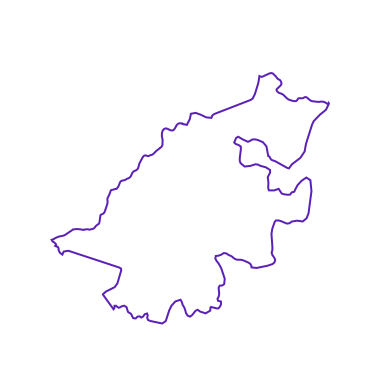 the State of Niger, rotated 109°
{"feature_id": "NGA-2851", "entity_name": "Niger", "entity_type": "State", "adm_level": 1, "iso_a3": "NGA", "parent_name": "Nigeria", "parent_adm1": "", "projection": "mercator", "projection_center": [5.482, 9.777], "detail": "fine", "context": "isolated", "style": "outline", "palette": "violet", "viewbox_px": 384, "rotation_deg": 109, "n_neighbors": 0, "source": "natural_earth", "source_scale": "10m", "svg_char_len": 4493}
<svg xmlns="http://www.w3.org/2000/svg" viewBox="0 0 384 384"><g transform="rotate(109 192 192)"><path d="M67.2,145.4L68.3,145.2L69.4,143.8L69.9,142.4L70.0,138.5L70.7,136.6L72.5,132.8L73.1,130.8L73.1,128.5L73.1,126.7L72.7,124.5L72.0,123.1L71.1,122.5L70.1,122.3L69.1,122.1L68.4,121.2L67.7,118.8L67.4,118.0L66.8,117.3L66.2,116.8L65.6,116.2L65.2,115.3L65.3,114.0L66.9,110.0L67.0,107.8L65.5,101.2L64.7,99.9L64.2,98.5L63.9,97.0L63.9,95.4L64.6,92.5L64.0,91.9L63.4,91.8L63.9,91.3L70.7,92.1L77.2,96.2L85.4,100.0L89.3,100.4L109.4,99.9L117.0,98.7L124.5,100.7L133.4,106.6L138.1,108.0L138.2,109.9L135.8,123.3L135.8,126.1L135.7,127.4L135.1,128.4L133.3,130.3L133.2,131.6L124.6,136.5L121.8,141.2L121.4,146.8L121.7,149.6L122.8,152.2L124.7,153.7L126.3,155.4L125.8,160.8L124.7,166.3L126.5,167.9L131.5,168.2L132.4,166.2L132.4,163.2L133.2,160.6L135.8,159.7L144.3,157.9L146.8,157.1L148.9,155.5L150.8,150.6L148.5,145.6L145.1,141.0L144.6,138.5L145.0,135.9L144.6,130.3L145.8,125.3L148.2,124.5L153.3,125.2L158.2,122.8L163.4,121.3L165.4,119.8L163.8,114.9L160.8,111.1L164.3,106.6L164.1,103.6L163.4,100.5L162.5,98.4L160.5,97.8L159.5,97.2L158.9,95.8L158.0,95.3L156.7,95.3L151.1,94.4L145.8,92.1L141.1,88.6L142.3,83.9L152.4,79.3L174.1,74.9L179.5,75.1L183.8,77.7L184.9,83.3L187.5,88.1L189.8,89.6L191.0,92.1L190.6,97.8L190.7,100.8L191.6,103.4L193.6,104.1L200.9,104.1L205.8,103.2L218.5,97.8L221.0,97.1L223.6,96.9L225.5,95.4L226.3,94.2L228.1,92.1L229.2,91.2L231.8,91.1L234.0,92.5L237.2,96.7L242.8,106.2L243.9,111.2L242.5,111.8L241.0,113.5L240.4,115.4L239.9,121.6L240.1,123.5L241.3,127.3L241.4,128.2L241.3,129.1L241.0,130.8L240.0,133.3L239.8,134.2L239.7,136.2L239.6,137.2L239.2,138.1L238.9,139.6L239.4,142.1L241.7,143.9L243.5,146.1L244.8,148.7L247.3,148.3L249.3,146.2L250.8,143.7L254.6,139.5L263.4,132.8L268.6,131.6L270.5,132.9L271.5,135.3L273.8,135.7L279.2,133.2L282.0,132.7L284.8,133.1L286.4,131.9L286.1,129.0L288.5,128.0L291.1,128.2L293.4,129.1L294.0,130.5L294.5,136.6L295.7,136.9L298.2,136.1L302.3,139.6L302.4,145.6L301.5,148.2L303.0,149.9L308.3,151.8L310.5,153.3L310.3,155.9L308.5,158.2L306.1,159.8L303.7,161.7L301.8,164.1L299.4,165.7L297.6,167.8L300.9,172.1L306.2,174.4L311.6,175.0L322.5,174.8L326.0,177.3L327.5,189.2L327.3,192.0L325.4,193.5L323.1,193.7L321.5,194.9L323.0,196.9L325.7,197.7L327.2,199.0L326.6,201.1L327.7,203.0L329.9,204.1L330.4,206.5L328.7,208.4L327.6,209.3L326.9,210.5L326.6,212.1L326.2,213.5L322.2,216.4L321.6,219.1L323.1,221.4L324.0,222.0L325.3,223.6L325.1,224.7L324.3,226.9L324.8,228.2L326.6,227.6L328.4,228.0L318.0,242.8L317.6,242.9L314.1,240.9L307.2,234.2L302.8,232.8L289.2,233.4L287.5,234.2L287.1,236.3L287.8,289.4L288.3,290.7L290.1,293.9L293.4,294.2L292.4,297.2L290.3,299.3L288.7,299.8L287.6,301.0L287.7,302.6L287.4,303.8L286.3,303.2L285.4,304.0L284.6,305.8L284.1,307.8L282.9,309.1L282.6,308.6L281.6,307.6L281.5,307.2L280.6,306.8L277.8,303.8L275.0,299.2L274.1,298.2L266.8,292.7L266.2,292.4L264.6,289.0L263.6,285.4L263.4,283.2L263.3,282.6L263.0,281.9L262.6,281.8L262.4,281.2L261.3,278.9L261.1,278.3L261.1,276.9L259.3,273.9L258.3,272.9L257.1,272.3L255.7,272.0L252.9,270.2L252.4,269.7L251.1,269.6L247.9,270.2L243.8,271.0L243.3,270.8L241.1,268.7L240.0,268.3L238.8,268.1L230.8,268.2L229.0,268.5L226.6,269.6L225.8,269.8L224.7,269.8L221.4,269.3L217.5,269.3L216.6,269.1L216.2,268.6L215.4,267.2L214.3,265.8L213.4,264.2L212.7,264.1L211.1,263.5L210.6,263.4L206.3,263.2L205.2,262.9L204.2,262.1L203.9,261.7L203.3,260.4L202.7,259.6L202.0,258.9L200.5,257.6L199.5,256.3L199.1,256.0L198.1,255.4L197.1,255.0L196.0,254.9L193.8,254.7L192.8,254.5L191.9,254.1L191.0,253.4L189.7,252.0L188.9,251.4L188.0,250.9L186.9,250.7L182.0,251.0L175.0,249.9L173.9,249.5L173.1,248.9L172.5,247.9L172.4,247.0L172.5,246.2L172.4,245.5L172.1,244.7L170.8,243.4L169.6,241.7L168.5,240.9L164.7,239.1L162.2,237.4L160.9,236.8L160.8,236.4L159.0,235.5L158.0,235.3L157.0,235.3L152.2,236.8L149.0,238.7L146.0,239.6L143.7,239.7L141.7,239.1L140.4,237.6L140.2,235.4L140.6,233.2L140.5,231.2L139.6,229.7L137.6,228.9L133.9,228.3L132.7,227.8L131.6,227.0L131.0,226.0L130.7,224.7L130.7,223.3L130.5,223.5L130.4,223.5L130.5,222.1L130.3,219.2L130.2,218.7L123.8,217.8L118.4,218.5L116.0,214.3L116.1,208.8L116.8,202.8L115.6,197.8L113.1,197.7L111.9,197.0L110.8,196.1L86.1,166.8L84.0,165.1L79.0,164.4L67.2,164.8L60.8,165.9L60.4,166.0L60.6,164.7L60.4,163.5L59.7,162.6L54.7,157.4L53.7,155.7L53.6,154.3L55.1,150.9L57.0,148.0L57.3,147.2L57.4,145.7L57.6,145.2L58.0,144.5L59.5,143.1L60.9,142.6L62.5,142.9L67.2,145.4Z" fill="none" stroke="#5b21b6" stroke-width="2"/></g></svg>